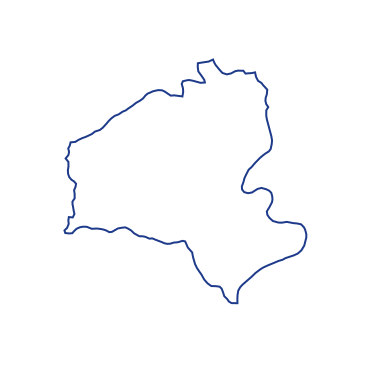 Bariri, São Paulo, Brazil, rotated 231°
{"feature_id": "56859067B75550214220270", "entity_name": "Bariri", "entity_type": "district", "adm_level": 2, "iso_a3": "BRA", "parent_name": "Brazil", "parent_adm1": "São Paulo", "projection": "orthographic", "projection_center": [-48.72, -22.06], "detail": "fine", "context": "isolated", "style": "outline", "palette": "blue", "viewbox_px": 384, "rotation_deg": 231, "n_neighbors": 0, "source": "geoboundaries", "source_scale": "gbopen_adm2", "svg_char_len": 2844}
<svg xmlns="http://www.w3.org/2000/svg" viewBox="0 0 384 384"><g transform="rotate(231 192 192)"><path d="M82.3,219.9L81.8,223.0L80.5,226.4L78.7,231.2L77.6,235.5L77.8,240.2L79.7,245.5L84.7,252.2L87.3,254.3L91.0,256.0L94.0,256.8L98.3,256.4L101.6,253.7L104.0,251.2L109.1,246.9L111.7,242.4L114.0,239.8L118.6,236.6L123.1,235.9L126.8,236.2L129.8,237.9L131.6,242.9L133.7,247.7L135.4,249.7L138.1,251.6L141.5,253.1L144.4,252.8L147.3,251.5L151.5,248.5L153.1,244.9L153.5,241.9L153.8,238.5L155.8,234.8L159.0,232.5L162.5,232.5L165.0,234.3L167.3,238.2L169.7,241.4L171.9,246.0L173.7,250.2L173.9,254.1L174.9,259.4L175.7,266.2L175.8,270.1L175.7,273.1L175.2,277.3L175.8,280.0L178.9,283.9L181.6,286.6L185.3,288.7L200.9,295.7L204.4,297.6L208.7,301.1L210.0,304.7L213.6,305.0L216.6,306.4L218.8,308.5L220.8,311.6L224.2,314.9L230.5,314.5L233.1,314.6L236.8,313.3L241.1,314.2L245.3,316.3L246.6,313.6L250.4,308.1L253.9,308.2L257.4,304.1L258.7,301.6L259.6,296.9L261.5,293.1L265.3,290.6L269.7,290.3L272.8,290.3L276.0,290.3L278.8,290.8L281.7,291.7L282.9,287.0L284.8,283.8L286.5,280.9L288.4,277.6L285.5,275.1L281.7,272.8L276.0,272.5L271.4,272.1L269.0,270.9L271.5,267.3L273.9,265.6L277.8,262.8L280.9,260.2L282.4,257.6L283.8,254.6L282.4,252.0L278.2,250.2L275.3,248.1L272.3,244.7L278.3,239.0L280.2,236.2L283.6,235.1L287.0,234.1L289.8,232.8L292.4,229.9L293.8,227.2L294.9,224.8L295.6,222.1L296.4,219.4L296.3,216.6L295.5,212.8L295.7,209.1L296.5,204.4L296.5,200.3L297.0,194.7L297.1,191.9L298.1,188.6L298.5,183.9L299.8,179.9L300.0,175.7L299.6,171.9L299.0,168.9L298.1,163.0L298.2,159.3L300.0,154.8L300.1,150.6L301.1,146.4L301.9,143.5L302.9,140.7L303.9,136.8L304.4,132.8L307.0,128.9L304.8,125.9L303.8,123.3L300.4,121.6L298.5,119.2L297.6,114.9L293.2,114.9L289.5,112.0L286.9,109.1L284.0,107.1L280.8,106.0L277.6,106.0L274.4,107.0L271.4,107.1L269.3,104.7L267.6,101.5L264.4,99.6L260.9,96.8L259.8,93.1L257.6,91.4L255.3,90.2L252.1,88.4L248.9,86.8L247.3,83.3L250.0,80.5L247.7,78.0L244.8,76.1L242.7,72.3L242.4,68.7L239.9,67.7L237.1,70.4L235.3,73.1L235.8,75.7L236.1,79.0L235.2,82.5L233.6,85.5L231.2,88.3L226.4,91.0L224.0,94.4L222.3,96.3L218.9,99.3L216.3,101.0L212.8,102.5L211.4,104.7L210.3,111.5L208.5,114.8L206.6,117.8L204.2,119.1L200.4,120.5L196.3,121.0L190.8,123.2L188.6,125.8L186.6,127.5L182.5,129.6L180.9,132.0L178.6,133.2L176.0,134.7L172.6,136.7L169.4,138.4L167.3,140.1L165.5,142.6L164.1,146.1L161.9,149.3L160.0,153.9L157.9,155.6L154.3,154.6L151.4,153.8L144.9,154.1L142.4,152.7L140.0,151.5L134.0,149.0L129.7,148.0L125.2,147.6L122.0,147.4L116.3,146.4L111.2,146.6L106.8,147.8L103.6,151.5L101.0,153.9L98.2,154.2L94.5,153.0L90.7,151.5L86.4,152.0L83.8,151.7L80.8,152.8L77.0,157.3L80.6,160.2L83.0,162.3L86.2,165.8L87.7,169.6L88.2,172.9L88.6,184.7L89.1,190.4L89.0,193.2L88.9,196.8L88.4,200.2L87.3,204.5L84.8,212.9L83.9,216.0L82.3,219.9Z" fill="none" stroke="#1e3a8a" stroke-width="2"/></g></svg>